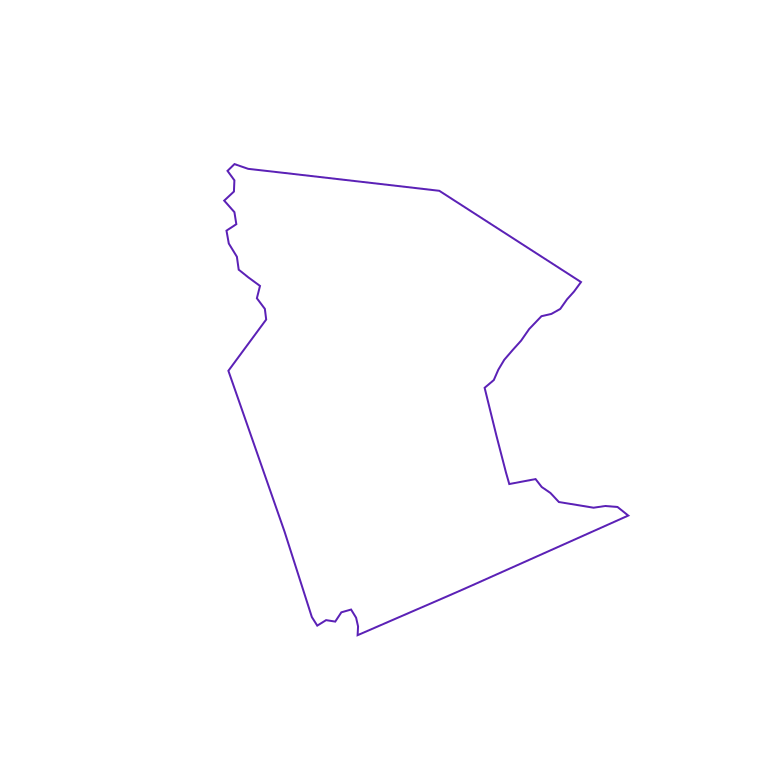 outline of Jacaré dos Homens, Alagoas, Brazil, rotated 137°
{"feature_id": "56859067B13186483981392", "entity_name": "Jacaré dos Homens", "entity_type": "district", "adm_level": 2, "iso_a3": "BRA", "parent_name": "Brazil", "parent_adm1": "Alagoas", "projection": "robinson", "projection_center": [-37.229, -9.654], "detail": "fine", "context": "isolated", "style": "outline", "palette": "violet", "viewbox_px": 768, "rotation_deg": 137, "n_neighbors": 0, "source": "geoboundaries", "source_scale": "gbopen_adm2", "svg_char_len": 850}
<svg xmlns="http://www.w3.org/2000/svg" viewBox="0 0 768 768"><g transform="rotate(137 384 384)"><path d="M595.7,262.8L597.6,252.8L587.4,250.8L581.7,243.5L570.9,246.1L561.9,241.5L563.8,232.1L568.3,224.4L574.6,218.3L476.0,183.3L461.4,178.2L295.1,121.2L297.1,134.8L305.4,143.9L315.1,150.6L336.6,178.4L336.6,190.8L338.9,201.1L338.0,211.1L360.6,225.4L355.2,236.0L337.1,269.4L313.0,312.6L301.0,312.0L290.6,316.5L279.5,319.7L266.7,321.1L254.2,322.2L240.3,325.2L222.6,326.2L213.8,321.1L203.9,318.7L192.4,321.1L182.0,322.0L170.4,324.2L211.8,487.6L312.5,605.8L336.6,634.0L343.4,646.8L353.1,646.6L354.5,635.0L362.5,627.1L375.8,627.1L376.2,611.7L383.0,601.6L394.6,603.6L401.7,592.6L404.8,577.4L412.3,566.7L410.5,554.5L407.8,540.3L418.5,533.4L419.9,520.2L426.2,511.5L488.8,499.8L557.5,343.7L595.7,262.8Z" fill="none" stroke="#5b21b6" stroke-width="2"/></g></svg>